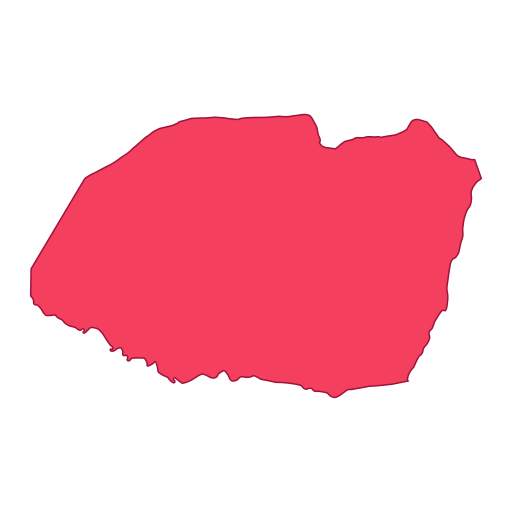 the district of Dolores, Intibucá, Honduras
{"feature_id": "27666195B32253104626052", "entity_name": "Dolores", "entity_type": "district", "adm_level": 2, "iso_a3": "HND", "parent_name": "Honduras", "parent_adm1": "Intibucá", "projection": "robinson", "projection_center": [-88.358, 14.26], "detail": "fine", "context": "isolated", "style": "filled", "palette": "rose", "viewbox_px": 512, "rotation_deg": 0, "n_neighbors": 0, "source": "geoboundaries", "source_scale": "gbopen_adm2", "svg_char_len": 6059}
<svg xmlns="http://www.w3.org/2000/svg" viewBox="0 0 512 512"><path d="M84.8,178.6L31.1,268.8L30.7,296.0L32.2,297.6L33.2,299.4L33.6,300.9L33.6,303.0L33.8,303.6L34.1,304.1L34.5,304.5L35.1,304.8L37.0,305.0L37.7,305.3L38.2,305.7L40.7,308.4L41.6,309.6L42.7,311.6L43.4,312.8L45.1,314.6L46.0,315.3L47.1,315.6L50.8,315.4L54.0,315.0L54.7,315.0L55.2,315.1L55.7,315.5L56.7,316.7L57.6,317.5L59.0,318.4L61.2,319.4L62.0,319.9L62.9,320.6L64.0,322.2L64.8,323.0L66.4,324.2L68.7,325.5L70.0,326.1L72.8,326.7L75.0,327.4L76.1,328.0L78.0,329.5L79.4,330.2L80.0,330.3L80.7,330.1L81.3,329.8L82.0,329.1L82.5,328.9L83.1,328.8L83.7,329.1L84.2,329.6L84.4,330.0L84.3,330.5L84.1,331.0L83.3,331.7L83.1,332.2L83.3,332.8L83.8,333.1L84.4,333.0L85.5,332.3L87.5,330.5L89.6,328.3L90.1,327.9L90.8,327.6L92.3,327.5L94.3,327.8L96.5,328.4L98.1,329.1L99.1,329.8L99.9,330.6L102.3,333.1L103.5,334.9L107.2,340.8L109.9,344.6L110.8,345.6L112.1,346.6L112.8,347.4L112.9,347.8L112.9,348.3L112.8,348.7L112.5,349.0L112.0,349.2L110.9,348.9L110.4,349.3L110.2,349.7L110.2,350.2L110.4,350.6L110.7,350.9L111.9,351.2L112.8,351.2L113.5,351.0L114.7,350.5L116.4,349.1L117.8,348.4L119.6,347.8L120.7,347.8L121.2,348.1L121.5,348.6L122.2,349.8L122.7,351.1L122.8,352.3L122.7,354.0L122.8,354.6L123.1,355.2L123.5,355.6L124.0,355.7L125.3,355.3L126.1,355.3L126.8,355.6L127.4,356.3L127.6,357.0L127.7,357.7L127.6,358.2L127.2,359.2L127.1,359.7L127.3,360.2L127.7,360.7L128.3,360.9L129.4,360.7L130.0,360.2L130.8,359.2L131.3,358.7L131.9,358.3L132.5,358.1L138.3,357.9L142.9,358.0L144.0,358.2L144.4,358.3L144.7,358.6L145.8,360.2L146.7,361.9L147.1,363.3L147.1,365.3L147.3,365.8L147.7,366.0L148.5,365.9L151.6,364.4L153.1,363.4L154.7,361.9L155.2,361.7L155.6,361.8L155.9,362.1L157.0,365.6L157.6,368.0L158.0,371.2L158.3,371.9L158.7,372.4L160.4,373.7L162.5,375.0L164.4,375.9L166.7,376.9L167.6,377.4L168.4,378.2L169.6,379.8L170.9,381.1L172.3,382.2L173.5,382.8L174.0,382.8L174.4,382.6L174.8,382.2L174.9,381.7L174.9,381.3L174.8,380.8L174.5,380.5L173.8,379.9L173.6,379.2L173.6,378.7L173.8,378.3L174.0,378.0L174.4,377.8L174.9,377.7L175.4,377.9L178.9,380.9L181.6,382.9L182.3,383.2L183.0,383.2L186.1,382.4L190.4,380.6L191.9,379.8L197.9,376.0L201.0,374.4L202.1,374.0L203.1,374.1L205.7,375.0L207.0,375.6L209.3,376.9L210.9,377.6L212.0,377.9L213.2,378.0L214.8,377.9L215.9,377.4L216.7,376.9L217.1,376.3L218.1,374.5L218.7,373.7L219.6,373.0L221.0,372.0L222.2,371.3L223.3,370.8L224.0,370.7L224.8,371.0L225.9,372.0L227.2,373.8L228.4,375.7L229.7,378.6L230.3,379.6L231.1,380.4L231.9,380.9L232.8,381.0L234.1,380.9L235.3,380.7L236.6,380.2L237.8,379.4L239.4,377.6L240.0,377.2L240.6,376.9L242.5,376.7L245.8,377.3L248.2,377.3L250.6,376.9L253.2,375.8L254.2,375.7L255.4,376.2L257.1,377.0L260.4,379.0L262.0,379.5L267.1,380.4L275.7,382.3L277.5,382.4L282.0,382.5L287.6,383.0L294.9,384.0L300.0,385.1L300.7,385.3L301.4,385.8L303.4,388.0L304.2,388.6L305.1,389.0L305.9,389.2L306.6,389.2L307.5,388.9L309.1,388.2L309.8,388.1L310.8,388.2L311.6,388.6L312.2,389.0L313.6,390.6L314.6,391.2L316.0,391.3L318.7,391.3L320.9,391.6L324.4,392.2L326.8,392.8L328.0,393.6L329.6,395.4L330.9,396.3L332.8,397.1L334.9,397.5L336.0,397.3L338.1,396.3L340.7,394.7L346.0,390.8L347.6,389.9L349.1,389.4L349.8,389.4L350.6,389.6L363.9,387.3L368.9,386.3L379.1,385.6L392.1,384.2L408.1,381.0L407.7,380.4L407.5,379.6L407.5,378.9L407.6,377.9L408.2,375.6L409.4,372.9L411.1,370.1L413.2,367.8L413.9,366.8L416.4,361.1L418.4,357.2L419.3,356.0L421.1,354.5L422.1,353.2L422.7,351.9L423.1,349.6L423.6,348.2L424.5,346.8L426.1,345.1L427.1,343.8L428.0,342.2L428.9,340.4L429.5,338.8L429.7,337.6L429.6,336.3L429.1,334.6L428.9,333.7L429.0,332.7L429.4,331.6L430.1,330.6L431.4,329.3L432.1,328.4L433.1,326.1L434.1,323.0L434.8,321.4L438.4,315.4L440.3,312.7L441.5,311.1L442.0,310.6L443.0,310.3L443.6,310.4L444.4,310.7L445.2,310.6L445.8,310.0L446.3,309.0L446.8,307.1L447.1,305.1L447.6,301.1L447.8,298.1L447.7,294.6L446.9,289.7L446.9,287.1L448.9,272.6L449.9,266.5L450.5,263.3L451.2,261.4L452.3,259.5L453.1,258.8L454.8,258.0L455.9,257.1L457.7,254.5L458.3,253.3L458.8,252.1L459.3,250.0L460.4,244.5L461.2,241.5L462.3,238.4L462.8,236.2L462.9,234.4L462.7,231.0L462.7,228.4L463.4,222.8L464.2,218.5L465.3,214.7L466.9,210.7L467.8,209.0L469.2,207.2L469.8,206.2L470.4,204.8L470.9,203.1L471.3,200.5L471.5,197.9L471.4,196.4L471.1,194.2L471.1,193.1L471.3,191.4L471.8,189.9L472.5,188.1L473.6,186.2L474.8,184.5L476.4,182.4L477.7,181.1L480.1,179.6L481.3,178.4L474.7,159.7L471.3,159.6L466.5,158.4L462.0,157.6L459.3,156.7L457.3,155.5L456.6,154.8L455.4,153.5L450.5,147.8L449.1,146.2L441.9,139.7L440.9,139.0L439.8,138.5L439.2,138.0L437.2,135.2L434.4,131.4L432.7,128.7L431.5,127.1L428.2,123.4L426.9,122.1L426.5,121.9L421.8,120.5L418.1,119.5L416.3,119.5L414.3,119.9L412.7,120.5L411.8,121.2L411.3,121.8L409.2,125.2L407.5,128.3L407.0,129.1L406.3,129.7L404.9,130.7L403.3,131.6L396.1,134.7L393.4,135.3L388.4,136.0L383.6,136.8L381.7,137.3L381.1,137.3L379.9,137.0L378.9,136.8L376.1,136.8L374.4,137.1L372.1,136.8L369.2,136.7L366.4,136.9L363.6,137.7L360.9,137.8L357.9,137.6L356.7,137.7L354.8,138.3L352.4,139.6L345.3,141.3L344.6,141.6L340.9,144.2L338.3,146.6L337.1,147.6L335.4,148.7L334.6,148.8L328.6,147.9L325.6,147.6L322.5,146.4L322.1,146.1L321.5,145.5L320.6,144.4L319.8,143.5L319.4,142.9L319.4,142.3L320.0,141.8L320.1,141.2L320.2,140.2L320.0,139.0L319.6,137.7L318.8,136.1L318.4,135.1L317.7,132.1L317.2,128.9L316.8,127.4L316.3,126.2L314.7,123.1L312.1,118.4L310.9,116.8L310.2,116.0L309.2,115.4L307.9,114.9L306.2,114.6L304.5,114.5L302.3,114.6L289.3,116.5L287.1,116.7L284.9,116.7L278.5,116.3L273.9,116.8L264.8,117.4L262.4,117.4L253.2,117.5L246.5,117.8L241.8,118.3L240.4,118.6L238.7,119.3L237.4,119.5L228.5,118.6L224.3,117.9L215.3,117.2L205.3,118.0L201.2,118.0L191.5,118.4L185.4,120.2L180.6,121.4L178.7,122.2L177.4,123.3L176.7,123.7L175.0,124.3L173.2,125.2L170.9,125.9L159.7,128.5L154.5,131.0L152.7,132.2L148.8,135.3L146.0,137.1L144.7,138.1L135.5,146.3L133.3,148.0L130.8,150.5L127.9,153.0L126.2,154.2L121.7,157.1L116.1,161.2L113.0,163.2L110.3,164.8L105.5,167.1L95.0,172.7L90.2,175.0L87.2,176.9L84.8,178.6Z" fill="#f43f5e" stroke="#9f1239" stroke-width="1.5"/></svg>